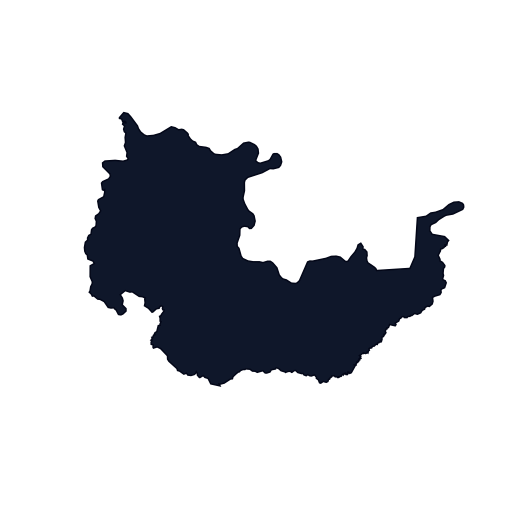 Talensi, Upper East, Ghana, rotated 206°
{"feature_id": "2480657B26285365473669", "entity_name": "Talensi", "entity_type": "district", "adm_level": 2, "iso_a3": "GHA", "parent_name": "Ghana", "parent_adm1": "Upper East", "projection": "albers", "projection_center": [-0.74, 10.642], "detail": "fine", "context": "isolated", "style": "filled", "palette": "ink", "viewbox_px": 512, "rotation_deg": 206, "n_neighbors": 0, "source": "geoboundaries", "source_scale": "gbopen_adm2", "svg_char_len": 6111}
<svg xmlns="http://www.w3.org/2000/svg" viewBox="0 0 512 512"><g transform="rotate(206 256 256)"><path d="M83.1,277.1L82.8,280.0L81.2,282.1L81.5,283.9L79.7,286.3L78.1,286.6L76.6,290.1L77.1,292.9L79.2,296.1L77.8,298.2L73.8,301.9L73.6,304.3L74.9,306.5L74.8,307.6L72.6,310.2L73.3,315.3L75.1,316.7L77.4,316.6L78.3,317.4L78.9,320.7L80.3,322.4L82.0,326.9L81.6,328.9L82.1,330.2L85.5,332.0L88.5,332.3L89.2,333.7L92.6,336.5L92.5,341.3L93.1,343.3L91.9,344.2L90.8,346.0L90.7,347.3L90.0,347.7L90.9,348.8L89.3,349.4L90.1,352.7L89.7,354.4L95.0,356.1L107.1,352.7L110.8,354.8L112.5,358.5L112.4,360.9L109.2,364.9L107.8,368.7L104.2,374.5L102.9,376.1L97.4,380.1L90.7,388.5L90.7,390.9L91.3,392.0L92.1,393.1L93.6,393.8L97.4,393.6L101.7,391.1L105.1,386.8L108.2,379.7L113.7,374.1L117.8,371.2L120.5,366.3L127.7,361.2L112.8,324.9L112.2,312.3L141.2,295.8L142.8,297.2L144.7,297.8L152.4,298.9L154.2,300.3L155.9,302.8L156.3,305.0L158.1,308.2L161.1,309.5L163.1,309.0L163.8,311.2L167.4,313.4L169.1,310.8L168.5,307.2L168.8,302.8L170.3,296.9L171.0,291.8L171.9,290.8L173.4,290.3L179.8,291.9L183.8,291.0L188.2,288.6L192.0,284.6L202.8,276.2L205.5,275.0L207.0,273.3L206.1,252.9L207.2,249.9L208.3,248.7L212.3,247.1L218.3,247.8L221.5,247.2L223.4,247.5L226.8,249.1L232.1,254.6L238.0,257.1L240.8,257.5L243.2,256.4L246.8,253.1L250.3,252.3L256.1,249.5L261.0,248.0L266.9,247.9L269.4,249.4L274.7,255.4L277.1,256.4L278.7,259.3L279.7,267.5L282.3,273.2L282.1,274.3L281.5,275.9L279.6,277.7L276.2,278.8L273.9,277.9L272.3,278.8L271.2,282.7L272.1,287.0L275.4,291.3L277.3,292.5L282.1,293.3L283.9,294.2L289.1,298.0L292.5,301.3L293.4,303.1L295.0,309.6L298.7,317.0L299.2,319.4L297.9,323.1L287.0,333.6L281.9,340.7L278.7,342.0L274.4,345.6L273.7,348.2L274.2,351.9L277.2,355.6L279.9,357.0L282.0,357.2L284.7,355.8L285.3,355.0L285.6,349.0L286.5,347.1L292.8,341.2L295.1,340.7L297.6,341.3L298.3,342.0L298.9,349.5L301.1,353.0L303.8,354.8L306.2,355.4L311.4,355.4L312.6,355.0L316.6,352.0L319.7,344.4L321.7,342.5L325.7,335.7L331.1,331.8L336.9,329.6L338.6,329.4L343.0,330.6L345.3,332.1L348.6,331.7L355.1,329.5L358.1,330.0L360.2,331.7L363.5,331.5L366.3,332.4L369.9,334.5L370.3,335.7L371.6,336.4L376.4,337.7L378.3,337.3L380.9,335.5L385.0,335.8L388.8,335.0L395.8,324.1L400.9,319.5L406.7,316.0L409.5,315.8L414.1,316.9L417.5,318.9L419.6,321.0L429.6,326.2L433.6,327.8L437.7,326.9L439.4,320.5L439.0,319.8L436.8,320.3L434.8,318.4L432.9,319.7L431.6,319.3L431.3,318.5L433.9,317.8L433.7,316.0L431.1,315.3L430.6,312.0L428.8,310.0L426.8,309.5L425.6,305.2L423.0,300.8L422.6,297.3L417.2,292.5L416.0,288.9L413.3,287.4L413.9,285.7L417.0,282.9L424.5,280.2L433.4,275.1L434.7,272.4L432.8,269.1L423.3,265.8L421.8,263.9L422.2,260.7L426.4,255.6L426.8,253.8L423.1,248.3L422.1,248.2L421.2,249.4L419.9,246.9L418.8,242.5L422.3,237.6L422.3,236.0L418.6,230.8L415.4,228.5L415.8,225.1L417.7,221.7L417.0,219.2L414.7,217.3L413.0,213.1L413.4,211.3L415.0,209.3L415.3,207.5L413.8,203.2L415.3,201.2L415.3,198.4L414.3,196.5L415.4,193.6L413.9,188.4L412.0,185.3L410.0,183.5L408.1,183.0L405.8,179.6L400.3,180.0L398.0,178.4L400.7,174.5L396.0,164.7L391.7,161.0L391.0,158.9L391.1,156.0L389.8,151.7L390.0,150.4L387.3,149.6L385.5,148.2L384.1,149.1L379.4,147.9L377.1,148.7L372.4,148.5L366.3,145.0L363.5,145.7L360.9,147.3L360.1,146.6L357.9,146.1L354.0,143.2L353.1,143.4L351.6,143.9L350.2,145.6L348.7,149.5L349.8,151.7L354.9,153.5L355.8,157.4L357.7,159.6L361.1,161.7L358.4,167.6L353.5,168.3L351.5,169.6L343.3,168.5L340.3,169.6L337.2,169.8L337.1,168.5L335.1,165.3L334.4,162.4L329.7,161.9L324.8,159.9L324.1,160.6L322.4,164.9L320.2,166.5L320.2,168.4L319.4,169.8L317.6,169.5L317.0,167.6L316.0,166.8L314.9,167.2L314.5,166.3L315.4,161.9L315.1,161.0L316.2,159.5L314.9,158.1L313.6,155.4L312.6,155.4L312.4,152.6L311.8,151.7L313.3,150.6L312.0,144.5L313.1,142.9L313.1,140.8L312.5,140.8L313.4,139.7L313.1,138.1L313.8,137.4L313.2,137.2L313.5,136.6L312.9,135.6L313.5,134.3L312.3,134.1L312.5,132.7L311.5,130.7L309.3,131.0L308.6,128.9L307.8,128.3L305.0,131.0L301.2,131.0L291.8,127.5L290.2,124.5L288.1,123.2L277.7,120.2L276.3,118.7L274.3,119.1L269.1,118.2L267.1,120.2L265.1,119.1L262.1,120.1L259.6,122.4L258.9,123.9L259.0,125.9L257.4,124.9L256.4,123.2L253.9,122.1L253.2,122.1L251.1,125.4L248.7,124.5L245.4,125.0L240.6,121.3L231.4,123.5L233.1,124.9L231.7,125.4L228.9,127.8L225.0,134.3L223.4,135.3L223.8,137.4L222.2,141.6L221.1,143.9L220.1,144.7L219.8,146.2L218.0,148.2L216.2,149.1L215.7,150.1L211.8,151.6L208.8,151.0L206.2,152.1L203.9,152.0L199.6,155.9L196.5,154.9L195.1,155.5L192.6,157.9L192.4,160.4L188.9,163.1L189.0,164.0L188.4,164.7L186.0,164.7L183.2,163.9L178.9,164.6L178.5,164.3L176.6,166.3L174.5,167.5L173.5,167.8L173.2,167.0L172.7,167.2L171.5,169.7L170.1,170.5L167.4,169.6L163.4,170.3L162.2,171.1L160.9,170.2L158.4,170.4L157.4,172.2L155.4,171.9L153.7,172.4L151.3,174.8L148.6,173.6L148.1,172.5L145.7,172.1L143.3,169.9L142.1,170.1L142.1,171.0L141.5,171.0L140.7,172.7L137.5,173.3L136.4,174.7L136.7,176.9L135.9,177.6L136.1,178.5L135.0,180.7L135.3,181.4L133.2,182.7L131.8,182.1L131.0,182.8L129.1,182.6L128.3,183.3L128.7,183.8L126.7,185.2L126.3,187.5L125.7,188.1L125.3,187.7L125.1,189.1L124.6,189.0L124.4,189.7L123.4,189.0L122.6,190.0L122.2,189.3L121.9,189.5L121.7,190.7L122.6,191.1L122.6,192.0L121.4,192.3L120.3,191.6L119.2,192.9L118.8,200.8L119.7,201.1L118.2,202.0L119.0,203.0L118.5,204.0L119.0,204.8L118.0,205.1L118.2,206.2L117.6,206.3L117.6,207.2L118.2,207.1L118.1,208.1L117.4,208.4L118.1,209.0L116.9,209.9L118.2,210.7L117.6,211.4L118.0,212.0L119.3,212.0L117.0,216.0L116.4,215.6L115.7,216.4L114.7,216.4L113.9,217.4L114.0,218.2L112.9,217.9L113.3,220.0L112.8,221.0L113.8,222.0L113.6,222.8L111.8,224.1L111.9,224.8L111.3,226.3L110.3,226.8L109.5,229.2L108.2,229.7L108.6,231.0L107.5,231.9L107.6,232.6L105.9,233.6L105.9,234.5L106.6,234.9L106.0,235.8L107.2,238.2L106.3,239.3L106.1,240.3L106.7,241.4L106.0,241.5L105.6,244.0L106.8,245.0L107.1,247.0L106.3,248.0L106.8,248.6L105.6,249.8L105.9,253.0L100.3,254.3L100.1,255.7L101.5,256.7L99.2,260.1L99.5,262.6L98.6,263.6L98.4,265.2L96.6,266.4L95.7,265.7L93.3,266.8L93.0,268.2L91.1,269.3L91.1,270.2L89.9,270.7L88.3,273.9L85.4,274.4L83.1,277.1Z" fill="#0f172a" stroke="#020617" stroke-width="1.5"/></g></svg>